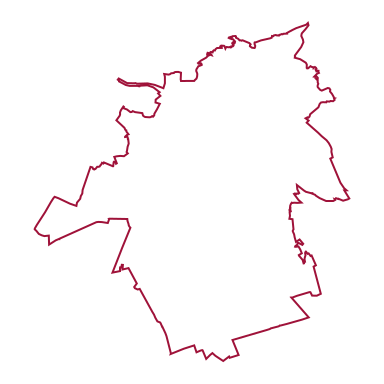 the district of Tulcea, Tulcea, Romania
{"feature_id": "2599482B25172560507796", "entity_name": "Tulcea", "entity_type": "district", "adm_level": 2, "iso_a3": "ROU", "parent_name": "Romania", "parent_adm1": "Tulcea", "projection": "robinson", "projection_center": [28.818, 45.151], "detail": "fine", "context": "isolated", "style": "outline", "palette": "rose", "viewbox_px": 384, "rotation_deg": 0, "n_neighbors": 0, "source": "geoboundaries", "source_scale": "gbopen_adm2", "svg_char_len": 5880}
<svg xmlns="http://www.w3.org/2000/svg" viewBox="0 0 384 384"><path d="M164.9,83.3L163.4,88.2L154.8,84.9L147.6,83.4L136.9,83.7L135.5,83.1L134.3,83.3L127.1,83.1L118.7,78.5L117.8,79.7L118.9,80.5L119.0,81.4L125.8,85.0L129.7,85.9L138.8,85.9L138.8,86.2L139.6,86.3L140.1,85.7L147.4,85.3L153.4,87.4L159.6,92.2L158.1,93.4L160.4,95.9L155.7,99.6L155.5,102.5L159.8,103.8L157.0,109.3L154.4,113.7L154.2,115.4L153.0,116.7L152.2,116.1L150.7,117.1L149.5,117.3L145.1,117.0L143.5,116.1L143.0,115.5L142.3,113.1L135.0,112.1L132.7,111.1L131.7,112.0L130.4,112.1L127.0,109.5L123.3,108.1L123.9,106.9L123.4,106.5L120.8,110.4L120.0,112.6L120.1,114.3L119.7,115.7L116.4,120.3L124.5,127.9L125.3,129.8L126.3,130.4L126.2,130.9L126.5,131.7L128.5,134.3L127.0,134.9L125.1,136.7L125.1,137.0L127.3,136.7L127.7,137.4L127.9,138.8L127.1,139.1L128.2,139.2L128.7,143.6L127.6,146.8L127.0,150.8L126.6,152.0L127.8,153.4L124.0,156.2L120.3,155.9L116.7,156.3L114.3,156.9L116.8,163.3L116.1,163.7L115.8,162.2L115.2,161.8L114.3,161.8L114.5,162.4L114.3,162.6L113.6,162.6L113.2,166.2L113.0,166.3L104.0,162.5L103.8,163.1L103.4,163.1L103.2,163.5L102.0,162.8L101.0,164.8L100.5,165.1L99.6,166.5L98.6,166.8L97.2,166.8L95.5,168.9L94.2,169.5L93.8,169.3L93.7,168.9L93.0,168.8L92.5,167.4L90.5,166.9L82.6,190.0L82.3,193.5L80.8,196.1L80.2,198.8L77.0,202.6L76.4,205.9L70.0,203.7L58.4,198.2L54.6,196.8L53.4,198.2L50.9,202.1L45.1,212.2L36.8,225.0L34.8,228.5L34.7,229.3L36.4,230.9L38.8,233.9L41.7,235.3L44.4,236.1L48.8,235.6L49.1,244.6L55.8,240.3L58.9,239.0L59.4,239.1L59.5,238.7L96.3,222.2L98.4,221.9L102.0,222.1L107.8,223.0L109.2,219.0L109.0,218.8L109.2,218.7L127.3,219.0L127.5,220.9L128.5,223.9L128.8,225.5L129.4,226.6L130.4,227.7L122.1,248.0L112.5,272.6L120.0,271.1L120.0,267.8L120.2,267.3L121.3,267.6L121.8,264.8L122.9,264.9L122.5,269.5L128.5,268.1L136.8,283.5L134.2,287.0L134.9,288.2L137.7,289.5L139.7,288.9L152.4,312.0L154.0,314.6L155.3,317.7L157.4,321.4L160.2,322.5L160.8,323.6L162.2,326.9L162.4,326.8L165.4,333.2L166.5,336.2L170.9,353.4L170.7,354.0L183.9,348.7L194.2,345.4L196.5,352.3L200.5,350.6L202.2,350.1L202.6,350.3L206.2,358.9L210.2,354.9L212.4,353.1L215.4,355.8L223.2,361.0L229.1,356.5L229.7,357.8L238.6,355.0L232.5,340.0L266.4,330.1L269.9,329.0L270.7,328.4L278.8,326.3L279.8,325.5L280.3,325.6L286.6,324.0L302.1,319.6L308.7,317.4L291.6,297.8L291.9,297.8L291.7,297.5L292.5,297.5L297.0,295.8L309.5,292.1L310.4,292.2L312.1,295.6L316.8,295.7L320.8,293.8L313.6,266.6L315.9,265.3L311.6,255.5L310.6,256.0L308.6,253.4L307.6,253.8L306.0,251.6L305.7,251.6L305.1,253.0L305.5,255.2L304.8,257.6L304.5,259.1L305.0,261.8L303.8,262.1L304.0,263.3L303.6,263.4L302.6,259.9L299.0,255.7L298.8,255.1L301.8,253.3L300.2,249.4L298.5,246.5L295.7,246.8L295.1,246.7L295.3,246.1L297.3,244.6L297.5,243.5L297.9,243.0L298.5,242.9L302.3,244.9L303.2,243.8L299.6,239.5L296.0,241.9L294.7,237.5L294.1,234.3L292.8,231.4L292.8,230.6L293.5,229.4L292.5,219.2L289.4,218.8L290.0,215.8L289.6,212.1L290.8,211.4L290.5,210.2L289.6,210.5L289.4,210.0L290.4,208.4L290.4,207.7L290.0,207.7L290.2,205.7L291.0,203.7L291.8,202.7L292.2,203.0L294.2,202.7L297.4,202.9L301.4,202.6L298.5,200.0L294.0,193.9L294.6,193.6L295.0,194.0L295.8,193.6L296.1,194.2L297.9,193.4L298.4,193.7L299.2,193.1L297.3,189.3L296.9,185.0L303.9,190.5L305.9,191.8L310.8,193.1L311.8,193.1L311.6,193.4L315.1,194.8L315.9,195.7L319.6,198.1L326.1,201.0L333.2,201.0L335.1,200.0L334.7,199.2L335.2,199.4L336.0,198.2L338.1,199.0L338.3,198.7L343.1,200.7L347.9,199.3L349.3,198.5L344.3,190.4L346.5,190.3L344.1,188.2L340.4,182.7L330.3,158.6L332.7,157.4L331.4,151.9L331.6,149.0L330.8,146.8L328.8,143.1L326.5,140.2L321.7,136.2L318.1,132.7L306.7,122.7L308.6,120.6L305.6,118.3L307.5,117.3L308.4,117.7L309.5,116.6L310.2,114.2L318.4,107.3L319.7,103.9L321.0,102.5L322.8,102.2L326.3,102.3L326.7,101.4L329.6,101.6L330.4,101.0L333.1,101.2L334.6,99.9L334.1,98.5L334.6,98.2L333.9,98.0L333.7,96.9L332.0,93.9L330.0,91.5L330.3,89.8L329.4,88.4L327.8,88.0L321.8,90.6L320.2,89.9L317.8,87.2L317.6,86.5L317.7,85.2L318.3,83.8L317.7,82.4L317.7,80.4L316.3,79.0L317.7,78.9L317.8,77.9L316.3,76.1L315.8,76.2L316.0,76.8L315.7,77.0L314.2,76.7L317.2,73.6L318.9,72.9L318.4,72.0L318.5,70.8L317.7,70.7L316.4,71.3L315.6,69.6L316.5,68.8L316.0,67.8L314.9,67.0L313.5,68.1L313.4,67.2L311.9,67.0L310.5,66.2L308.1,68.3L307.1,68.4L306.7,67.9L306.8,64.5L305.8,62.7L300.2,59.2L294.8,57.7L295.1,56.8L294.9,56.6L294.9,55.5L301.2,47.0L303.4,42.2L302.9,39.5L301.3,36.0L301.6,34.0L302.1,33.0L305.5,29.2L308.5,25.3L307.9,23.0L306.2,24.7L296.3,28.1L292.4,30.0L287.0,32.9L287.1,33.6L283.3,33.8L282.7,34.3L281.4,34.1L280.5,34.7L279.5,34.8L278.9,35.6L278.3,35.3L277.1,35.5L275.8,35.0L273.9,35.4L273.3,36.2L272.0,36.0L271.7,37.7L270.2,38.3L261.0,40.4L255.9,42.3L254.7,42.4L254.5,42.9L254.6,44.3L255.2,45.6L255.1,47.0L254.6,48.0L251.9,47.7L250.1,46.4L249.9,46.2L250.0,45.2L250.6,44.3L249.4,43.1L242.6,40.3L241.4,40.7L240.8,40.3L239.6,40.4L238.2,38.8L236.0,37.7L236.0,36.6L235.6,36.0L232.7,36.2L232.0,37.2L231.4,36.7L228.9,37.5L228.7,37.9L229.5,38.3L232.0,39.2L232.9,39.2L234.7,41.1L233.7,41.9L234.9,42.3L234.6,43.2L233.6,43.5L232.6,42.7L232.2,43.2L232.9,44.6L233.6,44.8L233.6,45.4L233.2,46.0L232.7,46.4L231.4,46.3L231.3,47.2L230.8,47.5L229.8,47.0L229.0,47.3L226.5,47.0L226.0,47.4L225.4,48.6L224.5,46.2L224.0,45.8L221.2,45.6L220.3,46.3L220.1,47.0L220.6,47.3L221.7,47.3L221.8,47.9L217.1,48.0L215.6,49.1L214.9,50.5L213.8,50.3L213.2,50.8L212.6,52.4L211.0,51.9L210.5,52.1L209.5,53.6L209.6,53.9L211.2,54.4L211.6,55.2L210.2,54.7L208.7,55.5L208.3,54.4L208.7,53.8L208.5,53.0L207.6,52.8L207.1,54.2L207.5,56.2L207.2,56.6L206.1,57.7L200.8,60.7L198.0,63.1L198.5,63.7L200.9,63.3L201.7,64.3L201.7,65.0L198.3,66.3L196.4,69.4L196.2,70.9L197.2,73.4L197.3,74.4L197.1,76.6L196.5,78.6L194.7,80.2L194.3,80.9L181.0,81.0L180.7,79.3L181.0,72.7L178.2,71.9L175.5,72.0L174.4,72.3L173.9,73.0L171.1,73.3L170.0,74.2L168.6,74.6L164.2,74.0L164.9,76.7L164.9,83.3Z" fill="none" stroke="#9f1239" stroke-width="2"/></svg>